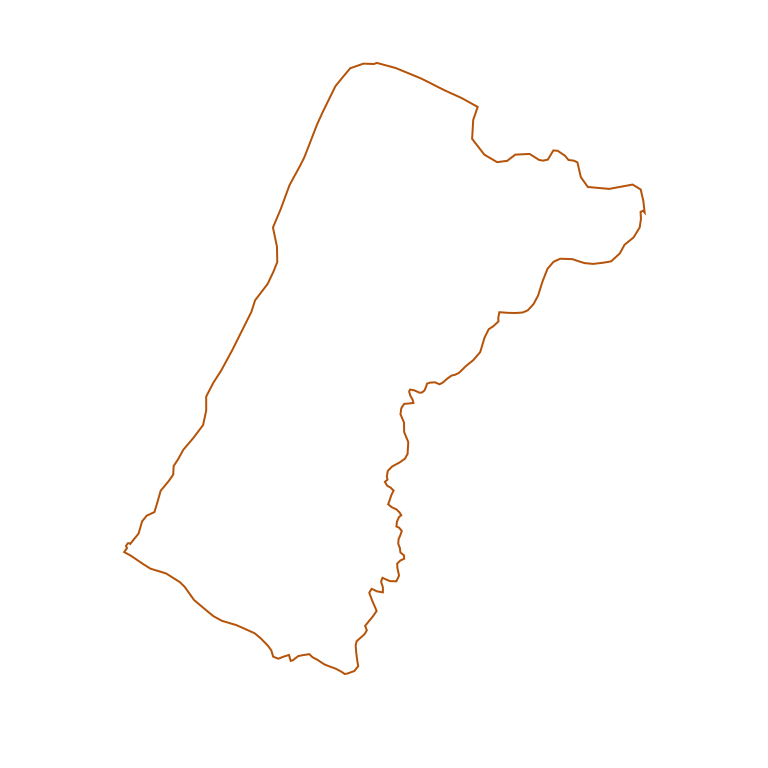 outline of Nyenebo, River Gee, Liberia, rotated 294°
{"feature_id": "62588387B68728641169413", "entity_name": "Nyenebo", "entity_type": "district", "adm_level": 2, "iso_a3": "LBR", "parent_name": "Liberia", "parent_adm1": "River Gee", "projection": "albers", "projection_center": [-7.727, 4.898], "detail": "fine", "context": "isolated", "style": "outline", "palette": "amber", "viewbox_px": 768, "rotation_deg": 294, "n_neighbors": 0, "source": "geoboundaries", "source_scale": "gbopen_adm2", "svg_char_len": 3350}
<svg xmlns="http://www.w3.org/2000/svg" viewBox="0 0 768 768"><g transform="rotate(294 384 384)"><path d="M646.6,552.4L656.5,546.6L666.1,539.4L667.3,530.0L653.8,510.3L646.9,490.1L653.0,479.7L665.1,470.6L665.3,466.8L663.7,461.4L666.1,456.6L667.7,447.8L666.2,443.7L655.6,442.4L652.7,438.4L651.8,434.6L653.4,423.4L646.9,410.6L638.0,405.8L632.7,397.1L634.3,382.4L643.8,364.8L661.5,358.1L675.2,356.9L676.8,338.8L676.9,321.6L677.1,316.4L678.2,293.9L677.4,266.1L674.4,246.8L672.2,244.6L668.3,234.9L658.7,224.7L647.8,221.6L636.4,218.5L607.5,217.4L593.8,217.3L565.3,218.7L557.9,219.0L549.6,218.6L527.3,216.8L501.9,218.5L487.1,218.8L481.8,218.9L466.0,230.3L462.0,232.2L452.0,236.9L442.0,237.3L428.2,237.0L408.1,232.2L395.8,233.5L353.4,231.6L330.2,229.8L315.8,227.6L302.7,226.8L300.1,226.7L287.4,232.4L272.9,235.4L257.6,231.9L242.3,227.4L231.4,226.5L223.5,225.2L217.5,227.5L215.7,228.3L208.2,226.9L195.6,223.4L183.7,225.1L173.7,226.4L167.1,220.7L160.1,218.9L147.5,220.6L134.7,217.2L135.0,216.3L134.3,214.8L131.1,214.1L129.6,216.0L124.8,215.0L124.5,218.6L124.2,222.6L121.4,238.0L120.3,245.8L122.3,262.1L120.5,274.5L120.0,277.9L117.7,284.2L114.8,289.2L109.4,298.3L105.8,310.8L104.0,317.1L102.5,322.7L101.7,332.1L103.7,347.5L103.7,365.9L103.7,367.1L101.5,374.9L97.7,384.4L94.9,389.3L89.8,393.7L90.1,399.2L94.3,403.4L97.8,407.4L93.1,411.4L94.6,413.1L100.5,416.3L103.1,419.9L106.8,425.6L106.4,426.9L105.3,429.8L105.0,435.1L103.6,443.5L103.8,449.0L104.3,455.8L103.8,462.4L103.1,466.0L104.4,468.1L109.8,473.7L115.8,475.2L120.4,472.1L126.9,468.1L133.8,464.4L137.8,463.6L147.6,468.0L152.0,468.5L154.7,465.8L155.3,465.1L159.7,466.3L167.8,468.5L172.2,469.3L173.6,469.6L176.7,466.4L178.0,464.9L182.0,460.6L187.2,455.5L188.0,455.5L190.6,455.8L191.9,456.1L191.7,461.8L193.2,467.7L197.4,465.9L198.7,464.9L199.5,464.2L200.5,463.2L202.4,461.7L206.3,461.4L206.3,469.6L208.8,475.5L215.0,475.7L216.3,474.8L221.8,470.8L225.4,469.1L229.5,470.8L232.6,473.5L235.6,471.9L236.0,470.3L236.8,467.5L239.6,465.8L240.4,465.4L243.1,462.7L244.0,461.9L248.3,460.4L252.9,460.4L257.0,460.0L258.9,456.2L258.9,453.3L263.5,451.8L264.3,451.8L268.5,451.8L271.2,453.1L273.1,450.2L274.5,446.4L274.6,441.1L275.8,436.7L279.3,436.5L285.2,435.9L290.6,436.1L292.1,431.9L292.3,428.4L295.0,424.6L297.2,425.7L298.1,426.1L300.6,424.2L302.2,423.8L305.4,423.0L306.1,422.8L312.0,425.0L316.9,428.8L318.4,430.0L324.6,433.7L326.6,433.6L328.6,433.9L329.7,434.0L336.3,431.5L340.4,430.0L341.7,428.9L344.5,425.9L348.4,421.9L357.0,417.9L363.0,411.4L368.7,409.7L370.5,409.8L374.1,410.6L375.5,413.2L377.2,416.1L378.6,418.6L381.1,416.7L384.3,412.5L387.4,410.0L389.5,410.1L390.5,414.0L390.5,416.9L390.5,419.9L391.7,422.2L394.6,423.6L398.2,423.6L401.9,423.2L404.0,425.5L406.3,430.0L406.3,434.8L409.2,437.1L414.6,439.6L419.2,442.3L421.2,445.0L424.5,447.9L433.6,451.5L436.0,452.7L442.2,455.9L452.4,458.9L467.2,457.0L476.7,457.4L481.3,460.4L487.8,463.1L490.9,461.5L496.5,460.2L498.6,466.0L499.4,468.2L502.3,475.1L503.7,477.8L505.7,481.6L509.8,485.4L517.9,488.1L527.4,488.8L534.2,488.0L542.2,487.1L553.3,486.6L555.7,486.5L563.7,488.9L564.7,489.2L567.3,491.5L570.2,494.2L574.1,503.9L574.7,505.4L575.2,510.9L576.0,518.0L578.8,526.2L583.5,534.2L587.5,540.3L588.6,541.7L597.8,545.7L599.2,546.3L609.0,547.1L619.5,552.4L631.1,553.9L639.3,551.6L645.6,548.4L647.6,550.1L646.6,552.4Z" fill="none" stroke="#b45309" stroke-width="2"/></g></svg>